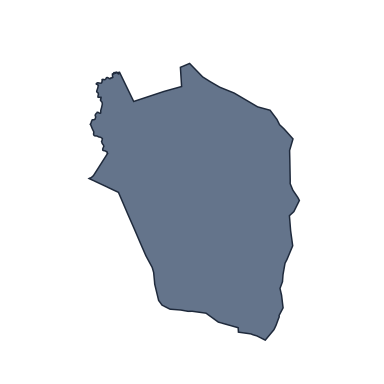 Zapotitlán Lagunas, Guerrero, Mexico, rotated 295°
{"feature_id": "50627088B79587676431474", "entity_name": "Zapotitlán Lagunas", "entity_type": "district", "adm_level": 2, "iso_a3": "MEX", "parent_name": "Mexico", "parent_adm1": "Guerrero", "projection": "albers", "projection_center": [-98.37, 17.786], "detail": "fine", "context": "isolated", "style": "filled", "palette": "slate", "viewbox_px": 384, "rotation_deg": 295, "n_neighbors": 0, "source": "geoboundaries", "source_scale": "gbopen_adm2", "svg_char_len": 4665}
<svg xmlns="http://www.w3.org/2000/svg" viewBox="0 0 384 384"><g transform="rotate(295 192 192)"><path d="M106.8,324.5L112.6,324.0L115.7,323.8L116.9,323.1L125.5,323.5L136.3,316.8L141.8,312.5L149.0,311.9L155.6,309.4L166.8,306.4L170.8,306.6L185.8,306.0L198.5,297.8L211.7,290.3L217.3,292.6L229.7,292.9L231.7,290.3L236.3,282.6L241.1,277.4L243.6,276.3L261.8,267.4L270.9,262.9L282.8,261.1L288.1,248.7L290.0,242.9L293.7,238.3L299.1,228.2L296.9,215.5L299.5,188.4L298.7,172.8L299.7,161.8L300.8,153.0L307.5,135.5L300.1,128.8L283.2,138.0L271.3,124.1L249.4,100.9L269.9,75.7L269.7,75.3L269.5,75.1L269.2,74.9L268.8,74.9L268.7,75.1L268.4,75.4L268.3,75.5L268.0,75.6L267.9,75.4L267.9,75.2L268.0,75.0L268.1,74.6L268.3,74.3L268.5,74.1L268.6,73.9L268.8,73.6L268.7,73.3L268.7,73.1L268.6,72.9L268.6,72.6L268.4,72.4L268.2,72.3L267.9,72.6L267.7,72.7L267.5,72.8L267.4,72.7L267.3,72.4L267.3,72.1L267.4,71.9L267.4,71.7L267.5,71.3L267.3,71.0L267.2,70.8L266.9,70.7L266.7,70.7L266.4,70.9L266.3,71.1L266.1,71.2L265.9,71.2L265.7,70.8L265.7,70.6L265.6,70.2L265.4,70.0L265.1,70.1L264.8,70.2L264.7,70.3L264.4,70.4L264.1,70.7L263.8,70.8L263.5,70.9L263.2,71.1L263.1,71.3L262.9,71.5L262.6,71.7L262.3,71.8L262.1,71.7L261.9,71.5L261.7,71.2L261.5,70.8L261.3,70.4L261.0,70.2L260.7,70.4L260.3,70.1L260.0,69.8L260.0,69.7L259.9,69.5L259.9,69.3L259.9,69.0L259.8,68.8L259.9,68.6L260.1,68.3L260.0,68.0L259.9,67.7L260.0,67.1L259.9,66.6L259.6,66.4L259.4,66.2L259.2,66.1L258.8,66.2L258.6,66.2L258.1,66.1L257.8,65.9L257.5,65.8L257.0,65.6L256.9,65.4L256.8,65.2L256.7,65.0L256.6,64.9L256.6,64.4L256.6,64.0L256.4,63.7L256.3,63.4L256.1,63.1L255.8,63.0L255.6,63.0L255.4,63.1L255.3,63.3L255.2,63.6L254.8,63.8L254.6,63.7L254.4,63.7L254.1,63.7L253.7,63.8L253.0,64.0L252.8,63.9L252.5,63.8L252.3,63.7L252.1,63.4L252.0,63.1L251.9,62.9L251.7,62.4L251.6,61.9L251.4,61.5L251.4,61.2L251.3,60.7L251.2,60.5L251.0,60.2L250.7,60.0L250.4,59.7L250.0,59.5L249.6,59.5L249.4,59.6L249.3,59.8L249.3,60.0L249.4,60.4L249.3,60.8L249.2,61.3L249.2,61.7L249.1,62.0L248.9,62.0L248.7,62.1L248.4,62.1L248.2,62.2L247.9,62.3L247.6,62.4L247.3,62.4L247.1,62.5L246.9,62.6L246.4,62.6L245.9,62.7L244.7,62.8L244.3,62.9L243.9,62.9L243.5,63.0L243.2,63.0L242.9,63.1L242.6,63.3L242.4,63.6L242.3,63.8L242.3,64.1L242.2,64.4L242.2,64.8L242.0,65.1L241.7,65.3L241.5,65.5L241.3,65.7L241.1,65.9L240.9,65.9L240.6,65.9L240.3,66.0L240.0,66.0L239.6,66.2L239.2,66.3L238.8,66.4L238.5,66.5L238.3,66.6L238.2,67.0L238.4,67.3L238.5,67.7L238.8,68.1L238.9,68.5L239.1,68.9L239.3,69.3L239.4,69.6L239.2,69.7L238.9,69.8L238.7,69.8L238.3,69.8L238.1,70.0L237.7,69.9L237.4,70.2L237.0,70.1L236.6,70.2L236.3,70.5L236.1,70.9L236.1,71.1L235.9,71.3L235.7,71.8L235.5,72.2L235.3,72.5L235.1,72.7L234.9,72.9L234.5,73.2L234.1,73.3L233.8,73.5L233.5,73.7L233.0,73.7L232.6,73.9L232.2,73.9L231.9,74.0L231.0,74.2L230.5,74.3L230.1,74.4L229.7,74.5L229.2,74.5L228.6,74.7L227.7,74.7L226.8,75.1L226.5,75.2L226.2,75.3L225.9,75.5L225.3,75.7L224.8,75.8L224.7,75.7L224.5,75.4L224.4,75.1L224.3,74.8L224.3,74.5L224.4,74.2L224.5,73.8L224.5,73.3L224.4,72.8L224.2,72.4L223.7,72.5L223.2,72.2L222.7,72.0L222.3,71.9L221.9,71.8L221.4,71.7L220.8,71.8L220.4,71.9L220.1,72.1L219.9,72.4L219.8,72.6L219.5,72.9L219.0,73.1L218.9,73.1L218.3,73.2L217.9,73.3L217.3,73.3L216.9,73.3L216.6,72.9L216.3,72.7L216.0,72.6L215.9,72.2L215.7,71.9L215.5,71.5L215.3,71.1L214.7,71.1L214.2,71.1L213.9,71.1L213.5,71.1L213.0,71.1L212.6,71.2L212.2,71.3L211.8,71.3L211.0,71.3L210.7,71.2L210.3,71.2L210.2,71.5L210.0,71.8L209.7,72.3L209.3,72.5L209.1,72.8L208.9,73.1L208.5,73.5L207.8,74.1L207.6,74.5L207.3,74.8L206.8,75.3L206.4,75.8L206.0,76.3L205.2,77.4L204.4,77.8L203.7,78.1L203.0,78.2L202.6,78.5L202.1,79.0L201.9,79.3L201.8,80.1L201.9,80.5L202.1,80.9L202.3,81.4L202.5,81.9L202.5,82.4L202.6,83.1L202.5,83.6L202.5,84.2L202.6,84.7L202.7,85.1L202.9,85.6L202.9,86.0L202.9,86.5L202.7,87.6L202.5,88.2L202.2,88.3L201.8,88.4L201.2,88.5L200.7,88.7L200.4,88.7L199.7,88.6L199.2,89.0L198.7,89.6L198.3,89.8L197.9,90.4L197.6,90.9L197.4,91.4L197.0,92.1L196.5,92.4L196.1,92.8L195.4,92.8L194.4,92.8L193.2,92.9L192.6,93.2L192.1,93.6L192.2,94.3L192.2,94.9L192.5,95.5L192.6,96.3L192.4,97.0L192.5,97.7L192.4,98.2L192.2,98.4L191.5,98.5L191.3,99.2L176.1,97.2L165.5,95.8L164.7,95.6L164.2,95.3L163.6,95.1L163.0,94.8L162.6,94.6L162.2,94.4L161.8,94.0L161.3,93.4L161.0,93.2L160.7,93.0L160.7,103.8L160.6,119.6L160.6,125.5L144.7,143.3L134.7,154.7L124.5,166.1L114.7,177.2L106.9,187.7L106.5,188.1L102.8,191.3L94.6,196.1L92.8,197.1L79.6,207.6L76.8,212.7L76.5,221.6L80.3,231.7L82.2,238.9L84.0,242.6L88.1,255.9L85.2,270.8L88.5,291.2L84.6,293.3L88.3,305.4L88.4,307.7L89.0,311.5L88.7,321.0L101.6,324.4L103.1,324.5L106.8,324.5Z" fill="#64748b" stroke="#1e293b" stroke-width="1.5"/></g></svg>